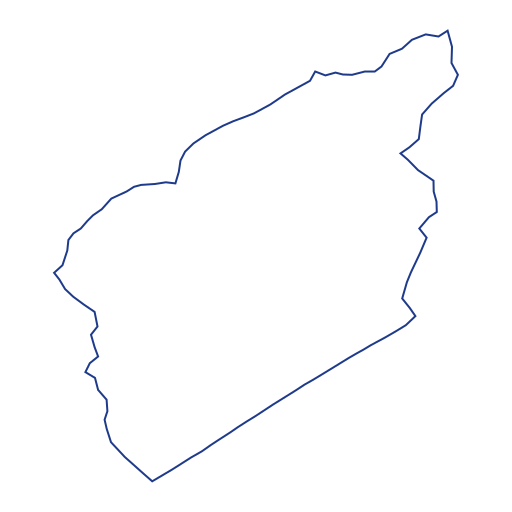 the district of Mongaguá, São Paulo, Brazil
{"feature_id": "56859067B70576554205910", "entity_name": "Mongaguá", "entity_type": "district", "adm_level": 2, "iso_a3": "BRA", "parent_name": "Brazil", "parent_adm1": "São Paulo", "projection": "natural_earth1", "projection_center": [-46.666, -24.069], "detail": "fine", "context": "isolated", "style": "outline", "palette": "blue", "viewbox_px": 512, "rotation_deg": 0, "n_neighbors": 0, "source": "geoboundaries", "source_scale": "gbopen_adm2", "svg_char_len": 1441}
<svg xmlns="http://www.w3.org/2000/svg" viewBox="0 0 512 512"><path d="M152.2,481.3L171.7,469.8L191.2,457.4L201.9,451.3L210.7,445.1L219.4,439.4L230.1,432.5L238.1,427.0L246.2,421.8L255.6,416.0L273.1,404.5L285.8,396.6L296.5,389.9L304.4,384.7L313.2,379.7L322.3,374.2L340.9,362.8L348.7,358.0L357.0,353.2L363.7,349.5L370.8,345.2L385.8,337.1L396.3,331.0L405.8,325.2L415.4,316.1L409.8,308.0L402.2,298.5L406.9,282.2L410.9,272.4L420.2,252.8L426.6,237.7L419.3,228.5L428.9,217.2L436.8,212.0L436.5,201.6L433.7,191.6L433.5,180.7L418.0,170.1L407.8,159.7L400.5,153.4L409.4,147.3L418.8,139.1L420.5,125.8L422.1,114.5L431.7,103.6L443.9,93.0L453.1,85.8L457.9,74.8L451.5,63.0L452.0,46.8L447.6,30.7L438.5,36.5L425.7,34.4L411.9,39.8L402.0,48.7L389.6,53.9L381.5,66.5L374.8,71.5L364.9,71.5L352.1,74.8L342.9,74.5L335.5,72.6L325.4,75.4L315.2,71.5L310.0,80.8L285.0,94.5L270.3,104.5L253.9,113.4L244.9,116.9L233.3,121.2L222.9,125.8L205.6,135.2L193.5,143.4L185.1,151.6L180.5,160.5L178.8,171.9L175.4,183.4L165.8,182.3L154.9,184.0L141.2,184.9L134.0,186.8L126.8,191.4L111.3,198.6L101.8,209.2L93.0,215.3L87.4,220.9L80.8,228.5L73.5,233.3L68.4,240.0L67.3,250.5L62.5,265.2L54.1,272.8L59.3,279.4L65.1,289.1L73.2,296.7L83.9,304.6L94.6,311.9L97.5,326.5L91.0,334.7L94.6,347.1L98.1,356.5L89.8,363.2L85.4,372.1L95.0,377.9L98.1,389.9L106.6,399.7L107.4,411.2L104.6,419.7L106.7,428.8L111.0,442.2L124.8,457.0L144.0,474.1L152.2,481.3Z" fill="none" stroke="#1e3a8a" stroke-width="2"/></svg>